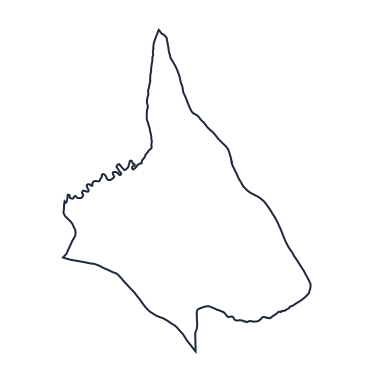 the district of Rovieng, Preah Vihéar, Cambodia, rotated 275°
{"feature_id": "14789045B51869022105306", "entity_name": "Rovieng", "entity_type": "district", "adm_level": 2, "iso_a3": "KHM", "parent_name": "Cambodia", "parent_adm1": "Preah Vihéar", "projection": "orthographic", "projection_center": [105.174, 13.345], "detail": "fine", "context": "isolated", "style": "outline", "palette": "slate", "viewbox_px": 384, "rotation_deg": 275, "n_neighbors": 0, "source": "geoboundaries", "source_scale": "gbopen_adm2", "svg_char_len": 5931}
<svg xmlns="http://www.w3.org/2000/svg" viewBox="0 0 384 384"><g transform="rotate(275 192 192)"><path d="M150.7,289.6L151.7,289.1L155.6,287.0L158.3,285.8L163.9,282.9L165.8,281.7L168.3,280.4L172.1,278.0L173.6,276.9L174.2,276.7L177.3,274.1L179.5,272.6L181.7,270.9L186.7,266.7L187.1,266.2L188.1,265.4L189.0,264.4L191.9,260.4L192.3,259.7L193.7,256.9L194.0,255.6L195.0,253.6L196.3,250.3L197.7,247.9L199.7,245.3L201.4,243.3L202.5,242.2L203.0,242.0L203.6,241.5L205.9,240.0L207.6,238.7L208.0,238.4L210.9,236.5L214.2,234.8L217.4,232.7L218.4,232.3L221.6,230.2L225.4,228.6L225.6,229.1L227.6,228.2L228.9,227.9L235.5,225.3L237.5,224.3L239.3,222.9L241.2,220.9L243.6,217.8L247.5,213.3L251.0,210.1L253.4,207.5L256.2,203.7L257.8,201.8L261.5,198.4L262.3,197.4L262.7,197.2L263.4,196.1L265.1,194.1L266.8,192.8L267.3,192.3L268.8,190.4L270.8,186.0L271.7,185.1L273.4,183.8L275.6,182.6L276.8,181.8L280.9,179.8L281.9,179.2L283.6,178.5L285.5,177.5L290.5,174.7L291.2,174.4L294.9,173.6L296.9,172.9L300.1,171.3L304.9,169.9L307.9,168.7L310.3,167.5L311.2,167.2L312.6,166.3L314.8,165.2L319.6,162.0L320.4,161.3L323.0,159.4L324.6,158.6L326.9,157.9L329.1,157.0L331.6,156.2L332.7,156.2L342.0,153.6L343.4,153.3L343.7,153.1L343.8,152.8L344.1,152.5L344.7,152.1L345.1,151.4L345.4,151.2L346.2,150.4L346.4,150.0L346.5,149.3L346.9,148.3L348.2,146.9L349.6,145.8L350.4,145.0L350.6,144.7L342.7,142.4L337.8,141.1L336.8,141.0L332.6,140.8L331.5,140.9L331.4,141.1L330.2,141.0L328.8,140.8L327.8,140.8L326.0,141.3L324.8,141.3L322.6,140.8L321.3,140.8L320.0,141.1L316.5,140.8L312.8,140.6L311.6,140.4L310.0,140.7L307.9,140.7L305.9,140.3L303.8,140.4L301.5,140.4L299.1,140.7L297.6,140.7L295.3,140.2L291.8,140.0L290.1,139.5L288.3,139.5L285.7,140.0L283.8,139.8L282.5,139.4L278.5,139.2L277.0,139.3L273.5,140.6L271.5,140.4L269.9,140.1L268.1,140.0L262.3,140.4L260.1,140.7L258.6,141.4L256.9,142.3L254.8,142.9L253.1,143.8L252.3,144.1L249.0,144.9L245.7,146.1L243.8,146.6L241.4,146.8L239.9,147.4L237.8,147.6L236.1,147.4L235.3,147.4L234.3,147.7L232.7,147.9L232.0,147.6L229.8,145.6L229.1,145.1L227.1,144.0L225.3,142.5L223.9,142.3L222.9,142.0L222.0,141.5L220.1,140.1L218.9,139.5L218.2,139.3L216.5,139.3L216.1,139.2L216.2,138.6L215.9,137.8L214.0,135.2L211.7,134.0L211.3,133.5L210.5,132.9L209.6,131.9L209.3,131.3L209.9,130.5L210.7,130.2L211.4,130.2L212.2,130.4L212.6,130.9L213.5,132.5L214.4,132.4L214.8,131.9L215.1,131.1L215.6,130.4L217.8,129.1L217.9,128.3L217.7,127.7L216.8,127.2L215.1,127.1L213.4,126.6L211.6,126.4L211.0,126.2L210.4,125.7L209.4,124.7L208.7,124.3L208.4,123.9L208.1,123.1L208.2,122.4L209.8,120.6L211.1,119.3L211.8,118.8L212.2,118.1L212.9,117.6L213.4,117.1L213.2,116.2L212.5,115.5L211.5,114.8L210.4,114.6L209.1,115.8L207.0,117.3L206.4,117.9L205.8,118.1L205.5,118.5L205.5,118.9L204.4,119.7L203.8,119.7L203.1,119.6L202.6,118.5L202.9,117.9L203.3,117.4L204.1,116.8L204.9,115.4L205.3,114.1L205.1,112.6L204.9,111.8L204.5,111.5L203.8,111.4L203.0,111.7L200.4,113.2L200.0,113.1L198.6,111.9L197.2,110.2L196.7,109.1L196.6,107.7L196.9,107.0L198.0,105.9L199.6,105.2L201.0,104.2L201.9,102.9L202.1,102.4L202.1,101.6L201.3,100.7L199.4,100.8L198.8,100.7L196.4,99.3L195.7,99.2L194.8,98.8L194.5,98.1L194.5,94.8L194.3,93.9L194.0,93.4L193.1,92.6L192.2,92.1L191.5,91.8L190.8,91.8L190.1,92.3L189.7,92.3L189.5,92.0L189.4,91.6L189.9,90.2L190.4,89.6L190.8,88.5L190.7,87.8L190.4,87.3L189.6,86.6L188.5,86.8L186.9,87.5L186.0,88.3L185.4,88.6L184.2,88.9L183.7,88.7L183.3,88.4L183.2,87.2L183.4,86.5L183.8,84.4L184.0,83.6L183.2,83.0L181.8,82.5L181.0,82.8L180.0,83.7L179.3,83.8L178.5,83.7L177.3,82.9L176.5,82.3L176.1,80.1L176.0,79.3L176.1,78.6L176.4,77.9L176.9,77.4L177.7,76.6L177.9,76.0L177.6,75.6L177.0,74.9L176.3,74.5L175.8,74.5L175.3,74.2L175.1,74.0L174.9,73.4L175.2,71.8L175.5,71.1L175.8,70.8L176.4,70.6L177.9,70.5L178.2,70.2L178.6,68.8L178.1,68.3L177.2,68.3L175.9,68.5L173.2,68.2L170.9,67.8L170.4,67.5L170.2,67.1L171.5,65.9L168.9,65.7L163.2,65.9L160.8,65.7L159.5,66.0L156.8,67.8L155.6,69.2L153.0,72.5L151.6,74.0L150.3,75.2L149.3,76.0L146.1,77.6L145.1,78.4L144.0,79.0L142.9,79.3L140.0,79.6L138.3,79.5L132.6,76.9L126.5,74.8L122.6,73.3L119.5,72.3L115.5,69.2L114.4,74.1L113.8,78.0L113.1,87.1L111.9,97.9L111.9,100.6L111.5,102.3L110.8,105.1L110.2,106.9L109.0,109.5L108.3,111.3L107.9,112.8L105.3,119.9L104.3,123.5L103.6,124.8L103.0,125.6L100.9,128.0L99.4,129.6L98.8,130.1L94.3,135.0L86.6,143.6L81.9,147.9L80.9,149.0L76.8,152.4L74.3,154.7L72.6,156.3L70.2,159.1L69.2,160.4L68.3,162.1L65.9,166.8L65.2,168.7L64.7,170.3L63.8,174.0L61.6,178.8L59.6,182.2L57.5,186.5L55.6,189.0L51.7,193.0L51.0,193.9L49.3,195.6L43.2,200.3L38.5,204.8L33.9,208.9L33.4,209.5L44.5,208.3L50.7,207.6L51.1,207.5L52.1,207.6L55.9,208.6L58.3,208.8L59.8,208.8L67.9,207.7L72.5,207.2L73.3,207.2L73.7,207.3L75.2,207.8L75.5,208.0L75.9,208.5L77.8,212.1L77.9,212.5L79.2,215.5L79.7,219.0L79.2,220.4L78.1,224.1L77.6,225.1L77.1,226.9L76.7,227.5L76.8,228.3L76.2,229.8L76.1,230.8L75.7,231.6L75.6,232.5L75.0,233.3L75.2,233.8L74.4,234.7L74.0,235.4L73.2,236.1L71.8,237.2L71.2,237.8L70.8,238.6L70.6,239.3L71.0,240.9L71.5,242.5L71.3,243.0L70.9,243.7L70.4,244.2L68.6,245.7L67.9,246.7L68.0,249.3L68.4,250.4L68.5,252.1L68.3,252.6L68.2,253.9L68.2,254.5L67.9,255.0L67.5,255.3L67.7,256.6L67.5,257.3L67.1,257.7L68.5,260.7L68.4,261.9L68.5,262.6L68.2,264.1L68.4,266.3L68.7,267.1L68.7,267.7L69.1,269.1L70.1,270.3L72.0,272.2L72.4,272.2L73.0,272.7L73.5,273.6L73.8,274.1L73.7,275.3L73.6,275.9L73.6,276.4L73.0,277.4L73.3,278.3L73.1,278.5L73.0,280.4L73.4,280.7L73.4,281.3L74.2,281.9L74.8,282.7L75.5,283.3L77.1,285.6L79.1,287.7L80.2,288.7L80.3,291.2L80.9,291.3L81.3,292.4L81.5,293.4L81.9,294.4L82.1,295.2L82.8,295.7L83.8,297.6L84.8,298.8L85.8,299.2L86.5,299.9L87.0,300.7L87.2,301.8L90.1,305.4L92.7,309.1L95.5,312.2L97.8,314.5L99.4,315.7L100.8,316.9L101.8,317.3L106.6,318.3L110.0,318.2L111.2,317.9L117.6,314.0L119.3,312.7L123.0,310.4L131.5,303.8L132.8,302.9L136.5,299.8L138.4,298.4L140.5,297.1L144.9,293.4L146.2,292.5L150.7,289.6Z" fill="none" stroke="#1e293b" stroke-width="2"/></g></svg>